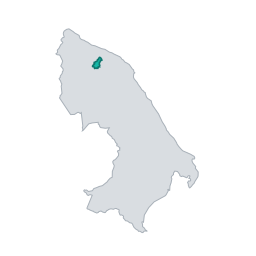 location of La Union, Arequipa, Peru, rotated 173°
{"feature_id": "86281439B24532133151812", "entity_name": "La Union", "entity_type": "district", "adm_level": 2, "iso_a3": "PER", "parent_name": "Peru", "parent_adm1": "Arequipa", "projection": "robinson", "projection_center": [-72.836, -15.108], "detail": "fine", "context": "in_parent", "style": "filled", "palette": "teal", "viewbox_px": 256, "rotation_deg": 173, "n_neighbors": 0, "source": "geoboundaries", "source_scale": "gbopen_adm2", "svg_char_len": 5748}
<svg xmlns="http://www.w3.org/2000/svg" viewBox="0 0 256 256"><g transform="rotate(173 128 128)"><path d="M179.5,70.8L179.4,71.5L178.6,71.9L177.8,71.4L176.7,71.5L175.0,69.8L171.0,70.1L169.2,72.1L166.6,72.6L163.6,73.5L160.4,73.9L155.2,77.1L154.0,78.5L151.7,80.4L149.7,81.0L148.8,86.9L146.9,90.4L146.2,92.3L147.2,95.1L147.2,96.5L146.2,97.7L145.3,97.8L143.5,99.0L140.9,101.6L140.4,103.6L141.3,106.3L141.0,106.6L138.8,107.1L138.9,108.5L138.4,109.1L140.2,111.2L141.3,111.7L141.3,112.3L141.2,112.8L140.7,113.0L140.7,113.5L142.0,115.1L143.0,118.2L144.9,119.8L145.0,120.8L145.5,121.8L146.5,122.5L148.9,125.7L148.9,127.2L146.5,130.5L150.5,130.5L154.9,131.7L155.5,132.2L156.1,133.7L156.1,134.7L157.0,135.5L156.9,137.3L162.7,137.4L166.5,136.9L172.6,131.3L173.6,130.8L173.0,132.0L173.0,132.9L173.3,133.9L172.6,135.3L172.5,149.0L173.6,148.2L175.0,149.5L176.1,149.6L179.4,148.0L183.3,148.3L192.3,166.2L191.5,167.4L191.5,168.3L190.4,169.1L189.3,170.5L189.2,177.6L188.3,179.8L188.8,180.9L189.3,183.2L190.1,184.5L190.3,185.4L190.2,185.7L189.0,186.5L188.9,187.8L186.6,190.3L186.2,192.1L185.4,192.6L185.2,194.6L187.2,197.7L185.9,199.6L184.7,202.4L186.7,208.3L187.5,209.1L188.4,209.0L189.8,209.6L190.5,210.4L188.8,211.5L188.6,212.0L188.7,213.9L186.9,215.4L184.4,219.1L183.8,219.3L182.6,220.4L182.3,220.9L182.5,221.5L183.6,222.6L183.7,223.9L181.9,225.6L180.7,225.7L180.2,226.2L180.7,228.5L180.7,229.5L180.4,230.7L179.5,232.0L176.9,233.4L174.5,233.6L170.5,230.2L169.3,228.8L165.3,225.9L164.7,222.9L163.4,221.5L160.9,220.4L159.0,218.8L157.6,218.1L154.0,214.7L150.7,213.6L144.6,210.0L141.3,208.9L137.1,205.5L134.8,204.6L132.9,203.1L127.4,199.7L126.5,198.7L125.7,197.0L124.4,196.1L123.0,193.8L121.0,192.5L119.0,190.8L116.5,186.1L115.4,185.0L115.3,182.9L114.5,181.9L115.7,181.2L116.4,177.9L116.0,176.2L113.2,171.7L112.6,169.9L110.6,166.5L109.8,164.4L108.2,162.9L107.5,161.6L106.6,161.1L106.5,159.5L105.9,156.5L105.0,155.0L101.7,152.2L101.3,149.1L100.6,147.0L96.0,138.3L93.3,130.0L91.1,125.4L90.2,122.8L90.1,121.3L88.4,118.9L87.5,116.7L83.8,112.3L81.6,107.5L81.3,106.1L79.9,103.5L77.5,100.0L76.3,98.6L69.2,94.4L65.8,91.8L65.4,90.5L65.5,89.7L66.3,89.0L67.3,89.5L67.9,89.3L68.4,88.4L68.4,86.9L67.8,85.1L65.5,81.5L66.1,79.9L63.7,75.8L64.3,71.8L64.8,70.8L68.2,66.7L69.2,65.0L70.7,63.9L72.2,62.3L74.0,61.0L74.5,61.4L75.1,63.6L75.0,65.1L75.5,66.7L74.2,68.1L72.9,67.8L72.3,68.2L72.1,68.9L72.4,70.0L72.7,70.4L73.7,70.5L72.4,72.6L72.5,73.0L73.4,73.4L74.4,72.9L75.3,71.7L75.9,71.5L79.4,73.6L81.0,73.3L82.3,74.3L82.4,75.8L84.2,78.8L86.8,79.5L87.2,79.3L87.8,78.2L88.3,78.0L88.5,76.3L90.7,74.6L91.1,73.4L90.7,72.5L90.8,71.8L92.1,67.9L92.5,67.5L92.9,66.3L93.4,65.5L94.2,61.1L94.8,61.1L95.4,62.2L96.1,61.9L95.7,60.9L95.8,60.6L98.3,57.1L99.1,56.3L111.1,51.5L117.1,46.5L122.4,39.6L124.1,32.6L124.7,33.1L125.7,32.9L125.3,30.1L125.6,28.7L125.5,28.3L123.9,26.6L123.2,24.8L121.8,23.7L121.8,23.3L123.4,23.7L124.7,23.6L125.9,22.4L126.8,22.5L128.8,24.1L130.2,24.2L130.7,25.4L132.1,26.2L134.1,28.6L135.1,31.3L135.0,31.7L135.9,33.1L137.9,33.8L139.8,35.7L141.8,36.3L142.7,38.1L143.3,38.6L143.6,39.7L143.2,40.8L143.5,41.5L145.0,42.5L146.3,42.5L146.6,43.0L147.3,45.9L146.8,47.4L147.0,48.2L148.7,48.9L149.2,49.5L150.5,49.7L152.4,49.1L154.8,49.9L156.6,49.6L157.4,49.4L158.2,48.7L158.9,48.8L160.8,46.9L161.3,46.8L163.3,47.6L164.9,48.9L167.0,48.6L167.8,47.8L169.3,47.4L172.0,48.9L172.6,49.7L173.3,49.8L176.1,51.4L176.7,52.0L178.2,52.6L178.5,53.1L178.4,53.7L171.7,65.6L173.7,66.5L175.7,65.9L176.7,66.7L177.4,68.7L179.0,69.9L179.5,70.8Z" fill="#d9dde1" stroke="#a8b0b8" stroke-width="1"/><path d="M150.2,192.2L150.1,192.3L149.9,192.2L149.9,192.3L149.7,192.4L149.4,192.3L149.4,192.2L149.3,192.3L149.2,192.3L149.0,192.6L148.9,192.6L148.8,192.8L148.7,192.7L148.7,192.8L148.6,193.0L148.5,193.3L148.4,193.4L148.4,193.5L148.3,193.8L148.4,194.0L148.5,194.2L148.6,194.3L148.7,194.5L148.8,194.7L148.8,194.8L148.7,194.9L148.6,195.0L148.6,195.4L148.6,195.5L148.5,195.8L148.4,195.9L148.4,196.0L148.4,196.3L148.4,196.5L148.2,196.5L147.9,196.7L147.9,196.8L147.7,197.0L147.5,197.3L147.4,197.6L147.3,197.8L147.2,197.8L147.1,198.0L147.1,198.3L146.9,198.5L146.7,198.5L146.5,198.4L146.4,198.4L146.2,198.4L145.9,198.3L145.7,198.4L145.8,198.6L145.7,198.8L145.7,199.0L145.7,199.3L145.8,199.4L145.8,199.5L146.0,199.6L146.0,199.8L146.1,200.0L146.2,200.3L146.4,200.6L146.4,200.8L146.5,200.9L146.6,201.0L146.8,201.1L147.0,201.3L147.2,201.5L147.3,201.6L147.5,201.5L147.8,201.5L147.9,201.3L148.0,201.3L148.1,201.2L148.3,201.0L148.4,200.9L148.5,200.8L148.7,200.7L148.8,200.5L148.8,200.4L148.8,200.1L148.8,199.9L148.9,199.7L149.0,199.6L149.3,199.5L149.5,199.6L149.8,199.6L150.0,199.6L150.1,199.4L150.1,199.2L150.2,198.9L150.3,198.7L150.5,198.5L150.5,198.4L150.6,198.2L150.8,197.9L151.2,197.9L151.3,197.9L151.6,197.8L151.8,197.8L152.0,197.7L152.1,197.8L152.3,197.7L152.5,197.5L152.8,197.4L153.0,197.3L153.4,197.3L153.4,197.2L153.5,197.2L153.7,196.9L153.7,196.7L153.8,196.3L153.8,196.1L153.7,196.0L153.7,195.9L153.4,195.7L153.5,195.6L153.9,195.4L154.0,195.4L154.0,195.2L153.9,195.2L154.0,195.1L154.3,195.0L154.5,194.9L154.6,194.6L154.9,194.5L155.0,194.5L155.0,194.4L155.3,194.3L155.4,194.2L155.6,194.0L155.7,193.8L155.6,193.7L155.6,193.4L155.6,193.2L155.4,193.1L155.2,193.0L154.9,193.0L154.7,193.0L154.5,192.9L154.4,192.7L154.2,192.6L153.9,192.4L154.0,192.3L153.9,192.2L153.8,191.9L153.8,191.7L154.0,191.5L154.0,191.4L154.0,191.2L153.9,191.1L153.6,191.1L153.4,191.2L153.2,191.2L153.1,191.3L152.9,191.3L152.8,191.5L152.7,191.7L152.7,191.4L152.4,191.3L152.3,191.2L152.2,191.2L152.0,191.3L151.9,191.3L151.7,191.4L151.4,191.3L151.4,191.1L151.4,190.9L151.2,190.9L151.2,191.0L150.9,191.1L150.7,191.0L150.6,191.3L150.4,191.4L150.4,191.5L150.3,191.8L150.3,192.0L150.2,192.0L150.2,192.2Z" fill="#14b8a6" stroke="#0f766e" stroke-width="1.5"/></g></svg>